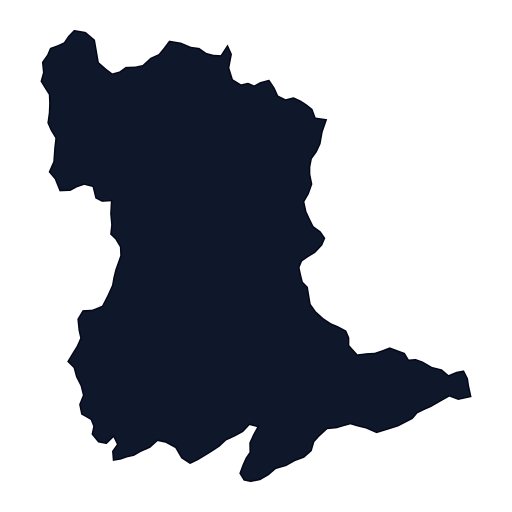 outline of Gonzaga, Minas Gerais, Brazil
{"feature_id": "56859067B49694268635094", "entity_name": "Gonzaga", "entity_type": "district", "adm_level": 2, "iso_a3": "BRA", "parent_name": "Brazil", "parent_adm1": "Minas Gerais", "projection": "albers", "projection_center": [-42.499, -18.87], "detail": "fine", "context": "isolated", "style": "filled", "palette": "ink", "viewbox_px": 512, "rotation_deg": 0, "n_neighbors": 0, "source": "geoboundaries", "source_scale": "gbopen_adm2", "svg_char_len": 2489}
<svg xmlns="http://www.w3.org/2000/svg" viewBox="0 0 512 512"><path d="M470.7,396.5L468.4,386.0L467.3,378.7L463.5,371.2L456.6,372.5L448.4,375.9L441.5,370.0L431.7,367.6L422.4,362.2L415.5,359.7L408.4,360.3L404.3,353.5L397.2,350.9L389.7,348.1L382.8,350.8L374.8,353.5L366.9,353.9L357.2,355.1L348.6,345.6L348.6,337.9L345.7,331.1L337.8,326.9L330.5,323.8L322.9,318.7L315.4,311.9L310.0,304.3L308.4,294.6L307.2,287.3L302.2,282.2L300.4,275.0L298.8,267.4L301.5,260.9L307.5,256.7L314.7,252.3L321.6,245.0L324.5,238.2L320.2,232.0L312.9,226.6L309.4,219.5L305.8,211.8L303.6,201.6L308.2,193.7L311.6,184.1L309.6,174.3L309.6,167.0L311.2,158.6L316.2,151.7L319.9,143.7L322.0,131.9L326.2,119.8L315.1,118.2L311.9,109.5L306.1,104.9L300.4,101.2L293.5,98.0L285.5,100.0L277.6,96.1L274.0,88.1L268.9,80.5L260.4,82.8L254.2,86.2L248.0,83.5L240.9,85.1L232.3,79.8L228.6,67.9L231.2,54.3L227.5,46.0L221.1,55.9L213.2,55.5L205.9,53.5L199.0,48.6L190.7,47.5L180.8,43.3L169.5,41.4L164.2,48.5L159.1,54.7L150.9,58.4L142.9,65.7L135.3,67.3L126.0,67.6L119.8,72.1L112.2,74.2L106.1,69.6L98.2,62.7L96.1,50.6L94.3,40.2L85.3,32.6L74.3,30.7L68.7,36.5L64.4,42.9L57.9,45.9L50.6,48.5L47.8,55.1L42.7,62.3L43.7,72.6L41.3,81.3L45.3,87.8L49.5,94.4L49.9,103.1L49.5,112.9L48.1,122.8L51.3,130.1L56.1,138.0L55.0,147.6L54.0,161.7L49.5,171.9L55.3,178.7L60.1,190.6L70.2,190.2L76.6,186.7L84.2,184.1L93.2,186.4L96.0,197.9L102.2,201.1L111.6,200.5L110.9,213.7L111.9,224.9L110.9,234.1L115.9,238.9L120.6,246.8L121.0,255.7L118.5,262.8L116.0,269.8L114.1,277.4L112.7,285.4L108.1,295.6L102.6,306.3L92.5,310.4L83.1,310.9L78.1,319.2L79.2,330.2L81.0,338.2L77.4,346.3L72.5,354.2L68.1,361.5L74.2,367.5L76.7,376.7L81.3,385.8L83.6,395.3L79.9,404.5L81.8,414.0L91.2,419.3L94.0,426.3L92.3,434.1L98.6,441.8L106.3,443.3L113.7,436.1L117.7,444.4L112.8,451.3L113.5,460.1L120.6,458.9L126.8,456.7L133.7,455.2L140.4,451.3L149.8,447.2L157.4,440.3L165.9,442.1L175.8,447.5L181.8,457.8L190.1,463.2L197.6,459.6L205.2,455.0L211.8,450.9L219.2,446.0L225.7,439.9L234.8,435.7L242.7,431.4L249.3,424.3L258.2,426.6L253.5,435.3L250.0,443.0L250.2,452.4L246.3,458.1L243.4,464.5L240.1,473.3L244.1,479.9L250.7,481.3L259.9,479.5L268.3,474.6L275.5,468.4L285.9,465.4L294.6,460.5L303.8,457.1L311.1,450.6L313.7,441.7L318.7,436.1L327.0,428.5L336.4,427.6L343.8,425.4L350.4,423.6L357.8,425.8L366.1,427.8L376.6,432.4L386.7,429.3L397.8,425.8L406.2,421.5L412.3,418.3L416.9,412.8L423.8,409.4L430.7,406.4L439.4,401.4L449.3,395.8L458.3,399.2L470.7,396.5Z" fill="#0f172a" stroke="#020617" stroke-width="1.5"/></svg>